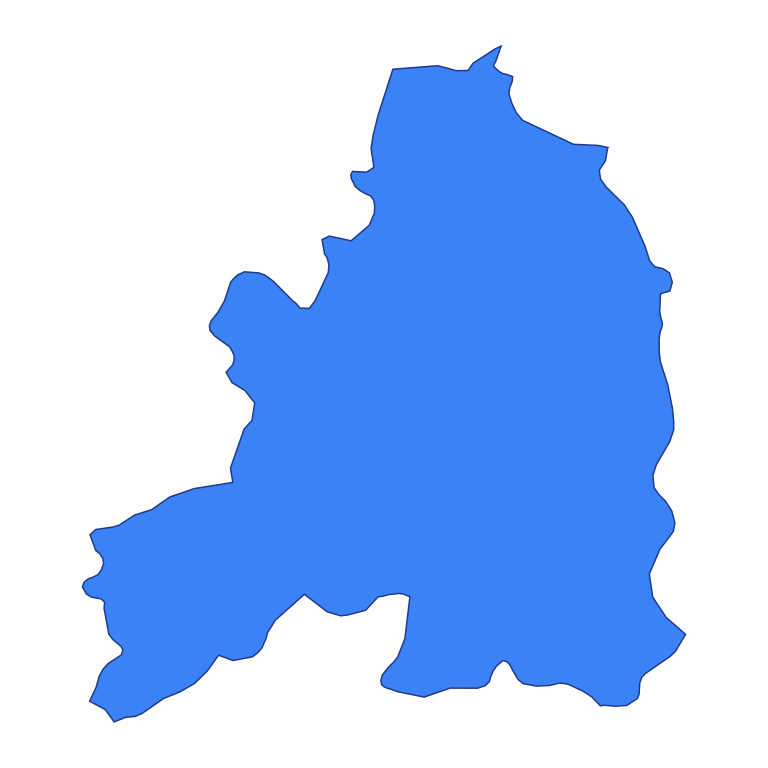 an SVG outline of Guarda
{"feature_id": "PRT-753", "entity_name": "Guarda", "entity_type": "District", "adm_level": 1, "iso_a3": "PRT", "parent_name": "Portugal", "parent_adm1": "", "projection": "robinson", "projection_center": [-7.291, 40.712], "detail": "fine", "context": "isolated", "style": "filled", "palette": "blue", "viewbox_px": 768, "rotation_deg": 0, "n_neighbors": 0, "source": "natural_earth", "source_scale": "10m", "svg_char_len": 2837}
<svg xmlns="http://www.w3.org/2000/svg" viewBox="0 0 768 768"><path d="M639.4,688.7L639.1,694.3L637.4,698.5L626.8,705.4L615.5,706.2L604.2,705.2L600.3,705.8L600.1,705.5L597.7,703.0L591.7,696.8L582.8,691.1L568.2,684.3L564.9,683.6L558.9,683.1L549.6,685.5L536.4,686.1L523.2,683.7L518.0,679.4L512.4,669.9L510.1,665.1L506.9,661.7L503.0,660.5L496.7,665.8L493.2,670.9L490.6,676.7L489.4,681.6L485.2,685.7L477.8,688.2L450.1,688.1L424.1,697.1L409.4,694.1L397.3,691.6L391.2,689.3L387.6,688.4L383.5,686.5L381.5,684.4L380.9,680.3L382.4,674.9L388.3,667.4L393.3,662.5L397.7,657.0L404.9,638.6L409.9,596.8L403.2,593.9L398.7,593.5L388.7,594.6L382.9,596.2L378.1,596.8L365.6,610.3L347.1,615.1L340.6,615.8L327.2,611.8L304.4,594.3L275.3,620.2L267.3,633.0L266.3,637.9L262.1,647.6L258.1,652.4L252.5,656.8L233.0,660.5L218.6,655.2L207.3,671.0L194.6,683.4L179.5,692.1L163.9,698.3L142.1,713.4L135.1,716.4L125.4,717.4L114.1,721.9L105.3,709.6L89.6,701.2L96.1,687.4L99.1,676.4L103.1,669.1L108.2,663.5L121.3,654.9L122.9,650.1L121.0,646.3L112.6,639.4L108.8,634.0L104.1,608.5L104.6,602.2L101.3,599.0L91.3,597.0L86.4,594.0L82.4,587.0L84.1,582.3L88.0,578.9L93.1,577.1L97.9,574.7L101.2,570.2L103.6,563.6L102.9,558.6L99.6,553.5L95.9,550.7L90.0,534.8L95.7,529.5L113.1,527.0L119.0,525.2L134.5,515.1L151.5,509.7L169.8,497.0L194.2,488.6L232.8,482.4L230.5,468.0L244.1,429.1L252.0,420.3L254.7,402.8L244.8,390.4L232.0,382.6L226.1,372.3L232.7,364.8L234.0,360.9L234.1,355.7L232.2,351.1L229.4,346.7L214.8,336.1L210.0,330.5L209.4,325.4L211.2,320.8L217.8,312.5L224.3,301.3L230.7,282.2L233.3,279.0L237.8,274.8L244.5,271.8L258.7,272.9L264.6,274.9L273.1,281.1L292.5,300.6L295.8,303.2L300.0,308.1L309.3,308.4L315.1,300.7L328.3,272.5L328.9,264.8L327.2,257.9L324.5,253.9L322.1,239.6L329.2,236.1L351.1,240.8L369.3,225.2L374.4,213.0L374.7,205.5L373.6,200.1L370.5,195.8L365.7,193.8L360.3,190.8L355.4,186.7L351.3,178.6L350.8,174.7L352.6,171.4L366.5,172.2L373.9,167.4L371.1,148.6L373.1,135.4L378.2,114.8L392.9,69.2L437.9,65.7L456.4,70.7L468.0,70.5L473.2,63.1L495.3,48.8L501.1,46.1L495.9,61.0L493.3,65.7L495.9,68.6L499.1,71.5L502.9,73.6L507.0,74.5L512.6,76.5L512.2,81.5L509.7,87.8L509.0,94.1L511.9,103.4L516.4,112.9L522.7,120.4L573.5,144.3L598.0,145.4L607.4,147.4L607.9,147.5L607.7,147.7L605.4,160.9L599.3,170.1L600.5,179.0L606.1,187.0L624.3,204.8L632.4,217.3L644.9,245.9L649.7,260.8L654.5,266.6L663.1,268.7L669.4,272.8L672.3,282.2L669.9,291.0L660.5,293.8L659.7,311.7L660.5,316.3L662.4,323.7L661.8,327.6L660.2,331.5L659.2,338.4L659.2,352.1L660.5,362.1L667.8,385.0L672.5,408.6L673.7,421.2L673.7,429.7L669.7,441.7L656.4,464.5L652.9,475.4L654.1,487.7L659.1,494.9L665.6,501.3L671.7,510.9L674.9,523.0L673.3,531.5L659.9,549.3L649.3,574.0L652.7,597.0L666.1,617.4L685.6,634.4L675.5,651.3L670.4,656.2L645.5,673.4L641.9,677.2L639.8,682.7L639.4,688.7Z" fill="#3b82f6" stroke="#1e3a8a" stroke-width="1.5"/></svg>